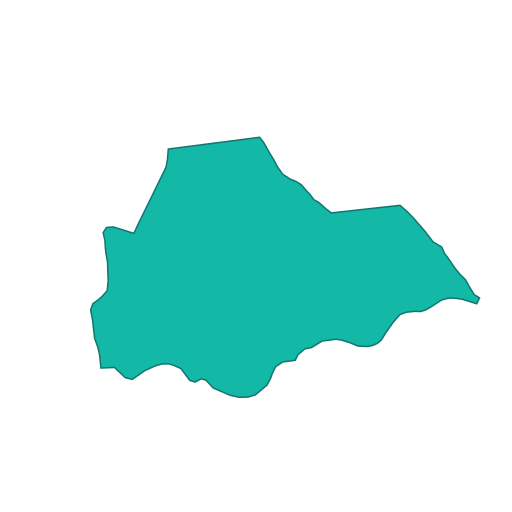 the district of Guaporema, Paraná, Brazil, rotated 156°
{"feature_id": "56859067B76921560444099", "entity_name": "Guaporema", "entity_type": "district", "adm_level": 2, "iso_a3": "BRA", "parent_name": "Brazil", "parent_adm1": "Paraná", "projection": "mercator", "projection_center": [-52.831, -23.333], "detail": "fine", "context": "isolated", "style": "filled", "palette": "teal", "viewbox_px": 512, "rotation_deg": 156, "n_neighbors": 0, "source": "geoboundaries", "source_scale": "gbopen_adm2", "svg_char_len": 1448}
<svg xmlns="http://www.w3.org/2000/svg" viewBox="0 0 512 512"><g transform="rotate(156 256 256)"><path d="M73.8,122.6L68.8,126.8L72.4,132.0L73.5,140.4L74.3,149.2L77.1,156.2L79.5,165.3L80.8,173.0L82.7,181.9L82.7,188.7L88.5,196.8L91.5,209.5L93.7,216.7L96.4,225.6L99.4,234.0L103.8,243.7L169.8,264.8L173.1,271.1L176.9,279.5L180.2,283.9L181.6,290.1L183.5,295.4L185.6,302.6L189.2,308.0L193.3,312.1L198.4,319.9L200.1,328.8L200.6,336.4L201.8,345.7L202.8,356.4L204.4,363.0L292.6,389.4L297.8,379.9L301.9,373.9L333.0,347.8L348.5,334.9L358.4,326.4L374.6,340.6L380.9,342.9L386.2,339.5L387.8,331.3L390.1,325.4L391.9,319.8L394.1,310.9L397.9,301.5L401.1,293.6L406.1,284.8L413.7,281.4L418.7,280.0L424.4,278.8L429.0,274.0L431.4,263.7L434.2,255.0L436.9,246.5L437.5,237.8L438.8,230.4L441.0,223.5L443.2,216.7L430.6,211.7L424.9,198.0L419.2,193.6L404.2,196.5L392.9,196.6L386.2,195.7L380.0,193.2L376.0,190.0L370.4,183.7L367.1,169.3L362.9,165.6L355.9,166.1L352.1,162.7L348.8,152.8L336.2,139.2L328.6,133.6L320.4,130.3L313.0,129.4L298.5,133.6L293.1,137.7L288.5,142.4L283.0,146.9L274.6,148.3L268.9,146.6L262.6,144.8L257.9,148.7L249.2,151.3L242.6,149.8L230.1,151.4L217.0,147.5L212.3,144.6L205.3,138.4L199.2,132.0L191.4,128.2L185.9,126.8L180.9,126.8L175.8,128.2L168.9,132.9L158.1,139.4L148.5,143.9L141.9,143.6L133.0,140.7L128.5,138.4L123.4,137.7L116.3,138.4L104.6,140.3L97.2,139.2L92.1,136.9L85.3,132.7L73.8,122.6Z" fill="#14b8a6" stroke="#0f766e" stroke-width="1.5"/></g></svg>